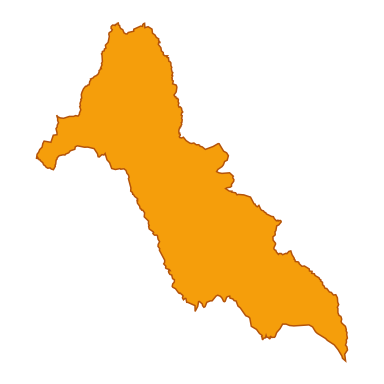 Ramoetsana, Mafeteng, Lesotho (Robinson projection)
{"feature_id": "5366337B15591495914188", "entity_name": "Ramoetsana", "entity_type": "district", "adm_level": 2, "iso_a3": "LSO", "parent_name": "Lesotho", "parent_adm1": "Mafeteng", "projection": "robinson", "projection_center": [27.537, -29.836], "detail": "fine", "context": "isolated", "style": "filled", "palette": "amber", "viewbox_px": 384, "rotation_deg": 0, "n_neighbors": 0, "source": "geoboundaries", "source_scale": "gbopen_adm2", "svg_char_len": 5938}
<svg xmlns="http://www.w3.org/2000/svg" viewBox="0 0 384 384"><path d="M345.6,361.0L344.7,354.2L347.5,350.0L346.9,346.8L345.5,345.1L346.5,342.1L346.3,339.9L347.4,338.1L346.7,334.6L347.0,332.6L346.1,330.8L346.3,329.5L345.4,326.3L341.8,323.1L341.1,321.6L341.7,319.2L341.2,317.4L340.8,316.4L339.0,315.4L337.9,312.6L337.9,308.5L337.3,307.3L338.7,304.6L337.7,302.2L337.4,297.8L335.8,294.7L333.4,295.0L331.3,292.4L329.4,292.0L326.8,288.5L325.0,288.3L323.9,285.8L322.6,284.8L322.5,282.3L320.6,280.9L320.9,280.0L319.7,279.3L319.1,277.9L315.0,275.5L314.4,273.8L311.7,273.3L312.1,271.4L309.5,271.0L309.2,268.9L304.4,266.0L301.9,266.3L299.1,263.6L298.9,262.5L298.2,261.9L295.3,261.5L295.0,259.9L294.1,259.3L294.3,258.4L292.0,254.6L290.8,250.9L288.9,251.4L286.9,253.7L286.0,253.3L282.6,254.7L281.2,253.5L279.2,253.5L278.4,254.4L276.4,252.0L275.8,250.3L274.7,249.9L273.8,248.7L274.0,247.5L275.5,244.3L275.5,243.2L273.1,240.2L272.9,236.9L275.2,234.9L275.0,231.8L275.9,230.6L276.7,225.9L278.8,224.9L281.2,221.9L281.0,221.0L280.1,220.4L278.2,221.0L277.9,220.2L276.4,220.8L274.4,218.7L273.4,216.7L271.5,216.4L266.4,213.9L265.7,212.6L264.6,212.3L263.4,210.8L261.7,210.3L260.8,209.4L258.9,205.4L257.3,206.8L256.5,206.3L255.5,205.3L255.2,204.2L254.0,203.8L250.5,197.1L243.9,194.9L238.4,194.4L237.0,194.8L235.6,192.8L231.6,192.1L231.9,191.2L229.3,191.1L225.6,188.6L227.1,187.7L230.2,187.2L231.5,186.3L231.5,184.3L233.7,181.3L233.9,179.6L232.9,178.1L232.8,176.8L233.3,176.2L229.6,172.8L221.9,173.4L218.9,172.8L216.6,171.6L217.9,169.4L222.0,166.6L223.4,164.8L224.6,161.5L227.2,160.2L228.4,155.7L226.6,152.8L223.6,151.2L219.1,143.7L218.1,143.6L213.1,146.5L205.3,149.4L202.3,146.9L200.0,146.2L199.5,145.2L198.4,144.7L196.3,144.8L193.9,143.0L191.5,143.5L189.8,143.1L186.1,140.6L183.4,137.2L181.5,138.0L179.6,137.5L179.3,136.6L180.3,135.1L180.2,134.3L179.3,133.9L179.6,133.1L179.0,133.0L178.8,131.1L179.1,129.1L180.0,127.9L179.7,127.3L180.9,126.6L180.9,125.7L181.7,124.6L181.3,122.6L181.9,122.3L182.2,119.6L181.6,118.6L182.2,115.7L181.2,115.1L181.7,112.8L182.6,112.4L182.7,111.8L181.9,110.6L181.5,108.2L180.1,106.8L179.1,107.2L178.4,105.7L178.4,104.3L178.9,103.2L178.1,101.8L178.4,99.7L177.6,98.3L176.5,98.5L175.7,96.6L174.9,96.7L174.0,95.0L176.2,91.9L176.9,87.1L176.2,85.1L172.6,83.8L173.3,81.0L172.1,80.0L172.2,78.4L171.8,77.8L172.6,76.2L172.6,75.5L171.9,75.3L172.8,72.5L172.0,71.9L171.3,68.6L171.8,67.5L170.9,65.5L170.9,62.9L169.8,61.5L168.8,61.2L168.5,57.7L167.4,57.6L166.7,56.8L167.5,55.8L164.8,55.8L163.3,54.6L163.3,52.6L161.4,50.9L160.9,47.7L158.3,44.4L158.7,42.3L159.8,42.7L160.0,42.2L158.5,40.3L158.7,38.9L156.3,37.4L155.0,35.0L152.5,33.2L152.0,29.1L148.1,26.7L144.9,27.7L144.6,23.3L143.5,23.7L142.7,24.8L142.5,26.4L140.7,26.1L133.8,29.2L133.7,31.2L128.2,32.5L127.2,33.9L125.8,33.9L124.0,32.8L122.7,29.6L120.8,28.6L119.9,27.2L119.6,25.5L118.6,25.1L118.3,23.0L117.2,23.3L116.6,24.4L115.3,24.5L115.1,25.5L112.9,25.0L112.0,25.6L111.1,26.7L111.1,28.6L112.3,29.6L111.5,31.2L109.2,32.7L108.8,34.1L109.3,36.4L108.1,42.4L105.4,45.2L105.9,48.2L104.4,49.0L104.2,50.8L102.4,51.5L102.1,53.4L101.5,53.9L102.0,55.0L102.4,61.8L101.5,63.4L102.0,64.8L100.9,67.4L101.3,68.5L100.5,68.4L100.4,69.5L99.1,70.5L99.1,72.0L98.1,74.1L96.2,75.7L94.3,76.5L93.0,78.0L90.5,79.0L90.8,79.9L89.7,81.5L89.2,84.7L87.7,85.1L86.6,86.3L85.5,86.3L83.5,88.8L82.0,92.2L81.3,94.6L81.7,98.2L80.8,99.3L81.1,100.2L80.0,103.4L80.4,105.8L79.7,106.4L80.8,109.9L79.4,113.1L79.5,114.2L78.0,116.1L75.6,115.6L73.6,116.4L69.4,116.4L63.6,118.3L60.2,117.9L57.9,116.8L56.6,115.2L57.7,118.6L57.6,120.4L58.5,122.7L57.2,125.2L57.2,126.8L56.0,128.6L57.0,132.7L57.0,134.7L53.3,135.2L50.9,142.3L44.1,141.1L42.8,143.6L42.1,147.1L39.7,149.6L38.7,152.1L37.1,154.2L36.5,158.3L37.7,158.6L37.9,157.8L39.1,159.7L40.0,159.7L40.4,160.7L42.8,162.7L43.6,164.8L45.2,165.9L46.1,167.2L47.8,168.2L50.1,167.9L51.2,169.0L53.4,169.7L55.3,166.3L55.1,165.1L55.7,164.2L56.1,160.2L57.0,159.1L57.2,157.8L59.2,155.7L63.1,154.8L65.0,155.0L65.6,154.1L68.7,152.8L70.3,150.8L74.8,149.3L75.3,146.8L77.4,145.8L84.4,147.2L87.8,147.1L94.1,148.6L97.5,153.8L98.1,156.7L99.2,157.0L101.9,154.6L103.9,155.0L105.1,153.5L107.0,159.8L109.6,162.7L111.7,168.5L115.4,169.5L120.0,168.6L120.7,169.2L124.0,168.8L126.0,170.4L126.9,173.2L128.4,175.0L129.1,177.3L128.4,178.5L130.9,187.9L130.7,191.1L132.4,192.5L132.7,194.3L133.4,194.4L134.7,196.5L137.6,198.7L137.6,200.7L137.0,200.5L137.5,203.3L139.5,205.9L140.2,208.7L141.4,209.2L141.6,210.1L142.9,210.3L144.6,212.8L144.2,216.8L148.5,221.0L148.4,223.8L149.2,225.5L148.6,226.1L149.2,228.9L153.3,231.9L153.6,232.6L152.9,233.3L153.6,234.4L154.7,235.2L156.8,235.1L157.4,235.6L158.1,239.3L159.6,241.7L158.2,244.3L158.0,246.4L159.7,248.6L159.4,250.2L164.7,260.2L164.6,262.4L163.7,263.9L165.8,266.1L165.6,267.9L166.0,268.4L169.4,269.6L170.1,270.6L168.8,270.6L168.5,271.4L168.8,272.7L169.9,274.4L171.7,275.0L172.6,278.7L174.4,279.6L174.3,282.1L172.7,283.9L172.2,286.3L172.7,287.2L175.5,288.7L178.7,293.0L179.6,293.4L180.0,293.0L182.8,295.4L183.0,296.1L182.4,297.8L183.5,299.8L185.0,298.4L185.9,298.5L186.7,302.3L187.9,302.4L195.0,305.6L195.1,311.4L197.7,306.5L198.6,301.6L199.2,301.4L200.3,302.2L202.3,304.0L202.6,305.7L203.9,307.3L205.1,306.6L206.8,302.3L210.2,300.9L212.2,300.8L216.0,296.1L217.7,295.2L220.4,296.3L222.0,298.1L223.6,301.4L224.5,301.7L225.2,301.2L226.5,297.6L227.3,296.7L229.7,296.1L230.0,298.1L232.8,298.9L234.1,300.6L236.1,301.0L238.0,306.1L240.3,307.9L245.7,315.7L248.6,316.9L249.8,318.1L251.3,326.3L256.5,329.4L259.5,333.5L261.7,335.1L262.1,335.6L261.6,336.7L262.0,337.0L262.3,339.2L262.8,339.5L263.8,338.2L265.5,337.8L266.1,335.5L266.6,337.1L268.4,337.5L269.4,338.7L270.1,338.5L270.1,336.9L270.8,336.4L271.5,337.4L274.5,337.3L275.2,336.5L276.7,332.5L280.0,328.7L282.6,324.1L286.1,324.1L289.6,325.5L293.8,325.9L309.0,324.9L312.6,326.9L315.5,331.7L317.3,333.4L325.6,338.5L327.3,340.3L334.3,344.9L338.1,349.7L341.9,356.0L342.5,358.3L345.6,361.0Z" fill="#f59e0b" stroke="#b45309" stroke-width="1.5"/></svg>